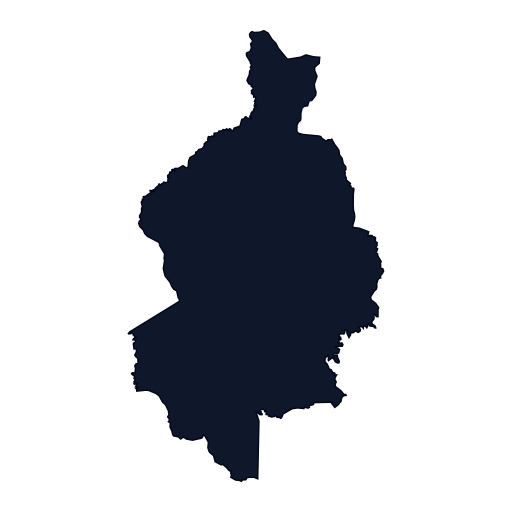 Mueang Prachin Buri, Prachin Buri, Thailand (Natural Earth projection)
{"feature_id": "78962969B52304698369920", "entity_name": "Mueang Prachin Buri", "entity_type": "district", "adm_level": 2, "iso_a3": "THA", "parent_name": "Thailand", "parent_adm1": "Prachin Buri", "projection": "natural_earth1", "projection_center": [101.383, 14.11], "detail": "fine", "context": "isolated", "style": "filled", "palette": "ink", "viewbox_px": 512, "rotation_deg": 0, "n_neighbors": 0, "source": "geoboundaries", "source_scale": "gbopen_adm2", "svg_char_len": 6077}
<svg xmlns="http://www.w3.org/2000/svg" viewBox="0 0 512 512"><path d="M215.2,461.7L221.1,464.8L222.9,464.5L226.2,467.2L229.2,470.7L231.1,471.1L230.7,473.1L231.5,474.7L230.8,477.3L235.6,480.0L239.7,480.5L241.3,481.3L242.7,479.9L245.9,479.7L246.9,477.7L249.8,477.2L254.1,477.3L257.7,478.8L258.9,421.1L256.1,412.1L256.8,412.0L260.0,414.7L262.1,414.6L262.2,414.0L260.8,413.3L261.3,411.9L259.7,411.0L260.3,410.0L263.1,409.1L264.4,410.0L264.6,411.5L266.0,410.9L266.1,414.5L268.3,414.7L268.6,416.0L271.6,417.0L274.5,416.4L275.4,415.3L277.0,417.3L279.2,417.3L280.7,418.3L281.6,417.6L283.1,413.9L292.2,408.7L297.5,407.9L303.9,408.5L304.6,407.2L308.1,408.1L309.4,407.4L309.2,405.6L313.5,404.5L313.7,402.6L330.8,402.2L334.8,407.4L338.5,404.5L339.6,402.6L340.7,401.9L341.2,400.7L340.6,400.1L341.5,399.0L341.8,397.5L343.8,395.7L346.1,395.4L345.7,394.5L343.8,394.4L341.1,390.9L335.8,386.9L335.0,384.8L336.2,381.9L335.0,379.9L334.8,378.2L336.5,374.9L334.6,375.2L334.9,373.3L334.1,372.8L333.1,373.1L331.0,369.6L329.3,369.1L327.2,364.2L324.9,361.6L325.1,358.1L327.7,355.7L328.6,357.3L328.2,359.9L328.5,360.6L332.1,357.9L333.6,358.7L335.4,361.9L337.7,363.0L338.9,362.8L339.3,361.4L337.5,357.3L337.2,355.1L333.7,355.9L333.0,354.8L333.4,354.1L338.6,353.0L339.5,349.5L337.8,348.0L335.8,347.6L335.8,346.3L342.3,346.2L342.9,344.6L342.0,343.0L339.1,343.3L339.0,338.8L339.9,338.6L340.6,339.7L341.0,339.3L340.6,337.3L338.7,336.3L340.3,333.7L343.9,334.0L344.8,332.2L345.2,329.6L346.8,330.2L347.0,333.4L349.0,337.5L350.5,335.1L350.6,333.0L353.5,332.6L355.3,330.9L358.3,332.4L360.1,331.1L360.4,329.7L359.0,327.5L359.3,326.8L362.0,326.7L363.3,328.2L363.4,326.3L364.3,326.0L365.8,326.6L366.8,327.8L367.8,325.8L367.9,324.2L368.6,323.7L369.9,326.0L373.6,326.5L375.0,328.0L375.7,327.9L374.8,325.6L372.4,324.4L372.0,323.1L371.2,322.6L374.0,318.8L373.9,314.4L375.1,314.4L376.3,316.5L378.0,316.7L378.0,309.6L378.6,307.6L375.7,303.4L371.2,299.9L370.5,297.0L374.1,291.2L376.2,289.3L376.8,287.5L376.7,283.6L377.7,280.1L378.7,278.5L380.7,277.9L380.3,275.8L382.2,273.8L383.6,271.0L382.9,268.9L380.4,267.8L380.7,265.3L380.4,262.6L381.2,261.6L377.7,255.8L377.6,253.9L376.1,253.0L377.6,248.8L376.2,247.9L376.2,246.8L377.2,245.2L376.8,243.5L377.3,242.8L375.3,241.3L375.5,237.8L374.6,237.0L372.6,236.7L372.1,235.6L369.7,235.4L368.8,236.2L367.8,235.7L368.7,231.8L359.2,228.2L352.8,227.4L352.8,225.1L354.3,220.1L354.7,216.6L354.4,213.2L353.5,210.6L353.2,205.5L353.3,194.4L353.9,189.0L353.2,188.1L351.4,188.4L350.9,187.6L351.0,186.2L349.5,185.9L350.4,183.5L346.3,179.9L346.1,177.4L344.9,175.2L345.2,172.6L344.4,171.6L345.9,169.6L345.7,166.6L343.3,163.9L342.1,158.3L339.6,155.1L338.9,150.5L337.7,148.4L335.0,145.0L331.8,139.2L331.1,139.8L328.0,139.7L326.1,141.2L321.8,138.2L320.8,136.6L318.7,136.0L303.1,134.5L298.6,133.3L296.8,131.4L297.0,125.1L298.5,121.9L300.4,120.5L300.8,119.0L300.9,113.3L302.0,108.1L304.1,106.3L307.6,105.8L309.1,100.9L311.8,100.4L315.7,95.2L316.0,92.0L314.7,87.9L314.3,84.2L317.0,76.3L314.7,70.7L314.6,67.9L315.1,66.9L319.2,63.3L319.7,57.3L313.4,56.8L306.0,54.9L300.7,57.2L288.9,59.1L287.1,58.9L278.5,48.5L275.8,43.2L272.1,39.5L268.1,33.1L263.9,30.7L259.9,32.2L254.2,32.5L252.0,31.6L250.1,33.2L249.5,34.7L250.0,37.0L252.6,40.5L251.9,43.0L250.7,43.6L251.4,48.0L250.0,51.5L247.0,52.7L246.4,53.5L246.6,55.8L250.5,62.2L250.4,63.1L251.6,65.2L250.3,67.3L251.3,69.3L249.7,71.1L249.3,74.8L247.0,80.3L248.7,83.6L251.3,85.0L251.2,86.1L253.0,87.7L253.2,89.1L251.4,90.6L251.8,92.3L251.4,93.2L252.6,94.3L253.4,93.7L253.8,97.1L254.9,96.8L255.8,98.2L254.5,101.4L255.3,101.8L254.8,103.8L256.0,104.6L256.4,105.9L254.3,105.4L254.4,106.4L255.1,107.1L253.8,109.0L254.1,110.3L253.3,110.5L253.1,111.9L251.7,112.1L250.9,113.8L251.0,115.0L250.1,116.1L249.3,116.2L250.8,116.6L251.8,118.1L249.9,119.1L250.0,117.9L247.6,118.4L246.1,116.8L245.3,116.9L243.9,118.9L241.8,119.4L240.0,126.1L234.2,128.1L233.0,130.8L231.3,130.3L230.8,129.3L229.6,128.7L229.0,129.3L229.3,130.5L228.9,131.1L228.1,131.0L227.5,129.3L226.7,128.8L225.4,129.8L223.0,129.6L221.8,130.9L219.0,131.1L218.5,132.3L217.0,133.0L214.2,133.2L213.7,136.6L211.8,136.0L210.6,136.9L208.4,136.6L207.7,139.1L208.1,141.2L206.2,142.0L204.2,143.9L204.2,146.0L202.1,148.7L198.7,149.6L197.2,151.8L195.8,152.1L195.5,154.5L190.0,157.5L188.7,160.8L188.2,166.1L187.6,167.7L186.4,167.9L182.9,165.7L178.3,168.4L175.0,168.4L174.5,169.0L175.1,170.4L174.7,170.9L173.5,170.6L173.1,169.4L171.9,169.6L172.0,171.9L169.8,172.1L169.2,174.5L167.7,175.4L167.8,177.7L169.2,177.7L167.9,179.4L168.0,181.8L165.9,182.7L163.7,182.1L162.5,183.9L161.7,183.8L160.6,184.9L159.1,184.0L158.2,185.8L155.3,188.2L155.0,189.4L153.1,189.9L153.2,190.8L154.1,191.5L152.4,191.7L151.7,190.6L150.1,190.5L150.5,192.3L149.7,193.9L148.5,194.0L145.8,196.3L143.3,196.7L143.6,199.1L142.4,199.2L142.8,200.9L142.0,200.9L141.3,202.1L142.4,206.9L141.6,208.2L141.6,212.2L139.6,215.7L139.7,217.5L140.6,218.5L140.8,219.9L139.4,221.1L138.7,223.4L139.9,226.6L143.2,229.9L144.8,233.6L147.4,236.3L159.0,242.4L160.0,246.0L164.6,253.7L164.1,258.4L164.6,260.4L163.3,268.7L165.1,276.0L170.1,282.3L171.5,285.9L173.8,289.3L176.7,290.8L178.2,297.7L179.0,298.7L179.6,301.2L129.8,331.8L128.4,333.4L129.0,334.0L130.6,333.2L130.9,333.6L131.5,332.9L133.0,333.2L133.2,335.0L134.0,335.2L134.8,337.2L136.0,337.5L133.5,338.7L133.0,339.8L135.7,340.2L135.2,342.5L133.6,343.1L133.4,343.9L134.0,348.9L136.4,349.0L136.5,351.8L134.8,355.0L135.7,356.5L137.8,358.4L138.1,362.5L137.8,363.2L135.7,364.2L134.8,366.0L135.6,368.5L134.9,373.1L132.7,372.7L131.6,373.3L131.7,374.0L134.8,376.6L134.0,378.5L135.4,379.5L134.1,381.6L134.0,383.9L134.8,384.3L137.8,382.8L137.8,383.6L135.7,386.3L138.0,387.4L137.8,388.1L135.7,388.1L136.7,389.5L136.8,391.1L145.6,390.2L148.6,390.4L155.9,393.4L159.2,395.9L162.7,402.2L165.5,404.7L168.4,410.8L169.0,414.8L167.7,416.8L169.7,419.8L168.4,421.7L170.4,423.1L170.0,426.9L171.9,431.1L172.6,434.3L173.6,435.9L178.3,436.8L180.6,439.0L183.6,437.1L186.3,439.0L192.5,440.2L201.7,438.1L203.6,435.2L204.5,435.3L208.4,442.1L207.9,447.7L209.0,451.2L210.0,452.7L213.6,455.6L215.2,461.7Z" fill="#0f172a" stroke="#020617" stroke-width="1.5"/></svg>